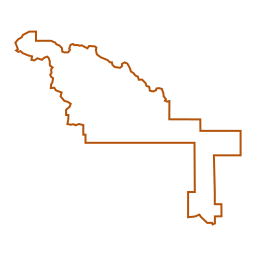 Blaine, Idaho, United States of America (Robinson projection)
{"feature_id": "52423323B36690361542904", "entity_name": "Blaine", "entity_type": "district", "adm_level": 2, "iso_a3": "USA", "parent_name": "United States of America", "parent_adm1": "Idaho", "projection": "robinson", "projection_center": [-114.207, 43.306], "detail": "fine", "context": "isolated", "style": "outline", "palette": "amber", "viewbox_px": 256, "rotation_deg": 0, "n_neighbors": 0, "source": "geoboundaries", "source_scale": "gbopen_adm2", "svg_char_len": 1559}
<svg xmlns="http://www.w3.org/2000/svg" viewBox="0 0 256 256"><path d="M160.4,142.8L194.5,142.8L194.8,192.0L188.1,192.0L188.1,217.2L195.0,216.5L199.4,214.6L200.8,216.8L207.3,222.9L212.1,222.9L212.6,224.4L214.9,223.4L214.9,216.4L221.5,216.3L221.4,204.2L214.8,204.2L214.8,192.1L213.9,155.3L240.6,155.3L240.6,130.9L200.4,130.9L200.3,119.4L169.3,119.3L169.4,101.1L167.2,101.6L165.0,100.7L165.9,99.1L163.7,96.4L163.4,93.3L161.8,88.9L158.8,88.1L156.5,88.5L156.0,90.2L153.2,91.4L150.8,91.0L149.9,90.7L149.1,86.7L146.6,86.0L145.6,83.2L142.1,79.6L138.7,79.7L138.0,76.7L135.5,75.6L133.4,73.0L130.9,71.5L129.8,68.0L127.3,63.5L124.6,62.4L121.9,64.0L122.0,66.2L120.0,67.8L114.7,67.0L112.4,64.8L111.9,62.3L109.9,62.3L107.6,60.1L100.6,57.2L96.8,54.3L95.9,50.1L96.4,47.6L94.9,46.4L89.1,46.0L87.4,48.3L81.6,45.3L79.7,45.8L77.8,45.0L74.3,45.1L73.1,44.0L70.6,44.8L69.2,48.6L70.0,49.8L68.2,52.3L64.4,52.4L62.2,51.5L62.0,48.1L59.5,45.5L56.4,44.3L55.2,42.6L51.0,40.8L36.0,40.8L36.0,31.6L29.3,31.6L22.8,35.0L21.8,37.2L18.2,39.3L15.4,42.6L17.9,49.2L16.2,50.5L18.4,51.9L20.4,51.1L22.7,53.1L27.8,55.3L32.1,56.4L31.4,59.8L34.3,60.4L37.5,58.3L42.0,59.8L44.3,57.7L47.2,56.6L48.6,57.9L49.7,60.9L49.9,65.6L52.6,67.4L51.1,69.3L51.5,73.0L50.2,74.6L51.2,76.9L53.1,78.2L52.3,82.6L51.1,84.4L50.8,88.1L54.2,87.7L56.0,90.4L61.6,92.5L60.6,96.4L64.4,100.9L68.1,102.0L70.7,103.8L69.7,106.7L66.1,109.8L66.1,115.0L68.4,115.0L68.3,119.2L67.4,124.1L71.0,124.7L73.6,124.2L75.5,125.3L79.0,124.0L83.3,125.1L83.3,134.7L85.5,134.7L85.5,142.8L160.4,142.8Z" fill="none" stroke="#b45309" stroke-width="2"/></svg>